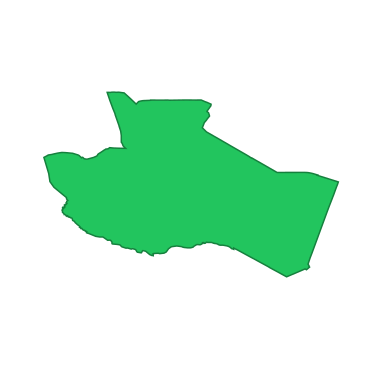 Jaunbērzes pag., Dobele, Latvia, rotated 37°
{"feature_id": "27541924B28590745616042", "entity_name": "Jaunbērzes pag.", "entity_type": "district", "adm_level": 2, "iso_a3": "LVA", "parent_name": "Latvia", "parent_adm1": "Dobele", "projection": "robinson", "projection_center": [23.387, 56.756], "detail": "fine", "context": "isolated", "style": "filled", "palette": "green", "viewbox_px": 384, "rotation_deg": 37, "n_neighbors": 0, "source": "geoboundaries", "source_scale": "gbopen_adm2", "svg_char_len": 5421}
<svg xmlns="http://www.w3.org/2000/svg" viewBox="0 0 384 384"><g transform="rotate(37 192 192)"><path d="M52.9,253.5L66.6,263.6L67.9,264.9L68.0,265.0L72.3,269.2L76.4,270.5L78.9,271.3L90.0,271.8L95.1,272.0L95.9,273.0L97.9,273.5L97.7,274.0L97.6,274.4L97.6,274.8L97.9,275.4L97.9,275.9L97.9,276.3L98.1,276.4L98.3,276.3L98.5,276.3L98.6,276.5L98.8,276.5L98.7,276.8L98.8,276.9L99.0,276.9L99.0,277.0L98.8,277.3L98.9,277.6L98.8,277.9L98.8,278.0L98.4,278.1L98.5,278.5L98.4,278.6L98.1,278.7L98.1,278.8L98.3,278.9L98.3,279.0L98.1,279.2L98.3,279.3L98.6,279.3L98.7,279.5L98.6,279.9L98.8,279.9L98.8,280.1L99.2,280.2L99.4,280.4L99.4,280.5L99.6,280.8L99.6,281.1L99.3,281.2L99.2,281.3L99.3,281.5L99.2,281.7L99.2,281.8L98.4,281.7L98.2,281.7L98.1,281.8L98.3,282.0L98.1,282.3L98.3,282.4L98.5,282.3L98.9,282.4L99.1,282.5L99.1,282.9L98.8,283.4L98.8,283.5L99.0,283.6L99.3,283.8L99.4,284.0L99.5,284.2L99.4,284.3L99.5,284.5L99.4,284.7L99.3,284.8L100.1,285.2L100.2,285.3L100.4,285.8L100.7,286.1L100.9,286.2L101.1,286.2L101.8,286.2L102.6,286.5L103.0,286.5L103.5,286.9L103.7,286.6L103.8,286.5L104.0,286.5L104.5,286.5L104.9,286.4L105.2,286.5L105.5,286.7L105.7,286.8L106.0,286.8L105.9,286.6L106.2,286.3L106.5,286.2L106.7,285.9L106.9,285.8L107.0,285.9L107.0,286.1L107.2,286.3L107.4,286.3L107.6,286.3L107.9,286.1L108.1,286.1L108.3,286.2L108.4,286.3L108.6,286.2L108.4,286.0L108.5,285.9L108.8,285.8L109.3,285.9L109.5,285.8L109.7,285.6L109.8,285.6L110.2,285.7L110.6,285.6L110.9,285.6L111.2,285.3L111.7,285.2L111.9,285.2L112.5,285.4L112.9,285.8L113.6,286.4L113.9,286.5L114.6,286.4L115.4,286.2L115.7,286.3L116.6,286.5L117.3,286.8L118.4,286.8L119.8,287.0L120.6,287.0L121.6,287.0L122.2,287.0L122.8,287.1L123.3,287.1L123.8,287.3L124.0,287.5L123.8,287.8L124.1,287.8L124.6,287.7L125.1,287.8L125.2,288.0L125.3,288.1L125.5,288.0L125.5,287.9L125.7,287.7L125.8,287.4L126.1,287.4L126.7,287.6L127.0,287.6L127.5,287.8L128.0,287.8L128.5,287.7L128.8,287.4L129.2,287.3L129.4,287.3L129.9,287.2L129.9,287.3L130.1,287.3L130.2,287.5L130.4,287.5L131.1,287.3L131.4,287.2L131.5,287.0L132.0,287.0L132.1,287.6L132.0,287.8L132.2,288.0L132.5,287.9L132.9,287.9L134.1,287.4L140.8,285.6L141.3,285.5L141.7,285.4L145.5,283.4L147.6,281.8L147.7,281.7L148.0,281.6L148.6,281.5L153.7,281.3L155.2,280.0L156.0,279.6L156.4,279.6L158.1,280.2L158.3,280.2L159.2,281.4L159.7,281.4L163.6,279.0L166.2,277.6L168.7,278.0L168.9,278.0L169.2,277.9L173.0,276.6L174.3,275.5L177.2,274.4L177.7,274.2L177.9,274.1L178.6,273.1L178.9,272.9L180.0,272.5L181.0,272.1L181.8,272.0L182.7,272.3L183.6,272.8L184.0,272.9L184.3,272.9L184.6,272.9L184.9,272.8L188.0,271.2L188.2,270.9L188.1,270.4L187.9,269.1L187.9,268.5L188.1,268.3L190.6,267.2L191.0,267.2L195.2,267.4L196.1,267.4L198.1,266.9L198.3,266.7L199.4,266.2L198.1,264.7L198.6,264.3L198.5,264.1L201.8,261.3L203.4,260.6L203.8,260.2L206.5,257.6L207.4,255.7L207.5,255.5L207.5,253.9L207.4,251.6L207.6,250.8L208.5,248.1L212.1,244.5L212.3,244.3L216.0,242.2L216.8,241.8L217.5,241.7L218.0,241.5L219.0,241.1L220.5,240.2L222.5,239.0L223.0,238.5L223.6,238.1L224.3,237.6L225.0,236.8L225.9,235.6L226.0,235.5L226.2,234.2L226.3,233.9L227.4,231.2L227.7,231.0L228.2,230.5L229.1,230.0L229.9,229.5L230.6,228.8L230.8,228.3L231.2,227.3L231.4,226.9L231.0,226.6L230.9,226.4L231.0,226.0L231.7,225.4L231.8,225.5L231.9,225.4L232.6,225.7L232.8,225.4L233.2,225.1L233.6,224.6L233.6,224.4L233.6,223.6L234.1,223.1L234.8,222.9L235.3,222.5L238.0,220.5L240.1,219.9L240.5,219.7L241.2,219.4L242.0,218.9L242.7,218.6L243.3,218.3L244.4,218.1L244.6,218.2L245.9,217.8L246.5,217.5L248.2,216.2L249.2,215.6L252.4,214.0L253.8,213.5L254.9,213.3L256.1,213.2L256.8,213.3L257.5,213.4L258.1,213.3L258.6,213.0L258.9,212.9L259.8,212.7L259.1,211.7L262.3,211.1L262.6,211.0L273.5,209.4L287.4,207.3L298.9,205.6L299.0,205.7L318.6,202.8L328.6,185.4L330.2,185.2L331.1,181.2L330.8,181.1L330.6,181.1L330.2,181.0L330.0,180.9L329.8,180.6L329.7,180.4L328.1,179.8L326.0,173.6L324.6,168.7L311.8,126.4L310.0,120.3L307.7,112.1L307.6,111.9L307.0,109.6L305.3,104.1L304.7,102.1L304.5,101.5L303.6,98.2L302.8,95.9L282.0,103.3L282.1,102.8L277.5,104.5L275.7,105.3L274.5,105.9L273.1,106.6L272.3,107.1L271.3,107.8L270.1,108.6L248.2,125.2L222.6,128.4L220.1,128.7L220.2,128.8L219.7,129.0L217.0,129.3L216.9,129.2L212.4,129.7L193.3,132.1L193.0,132.1L167.4,135.3L161.6,134.5L160.7,131.2L160.1,129.3L160.3,125.7L160.2,124.8L160.3,120.8L159.7,120.3L157.4,118.7L155.6,118.8L155.5,118.7L155.4,118.6L155.3,115.9L155.2,111.8L154.4,110.4L149.5,111.5L149.3,111.7L144.0,113.0L141.1,115.2L141.1,115.3L132.0,122.0L119.4,131.8L118.9,132.2L117.1,133.3L116.9,133.5L113.8,135.9L103.8,143.4L103.9,143.5L103.5,143.9L100.1,146.7L97.9,148.5L96.3,150.2L95.0,151.8L94.9,152.2L94.5,155.4L86.9,154.5L78.2,153.7L73.4,156.4L71.5,158.0L69.7,159.1L67.6,160.8L66.9,161.6L65.0,162.9L64.3,163.5L71.3,168.3L78.8,173.1L83.2,175.7L83.7,176.1L84.1,176.5L94.9,183.7L94.8,183.8L98.4,186.3L101.5,189.4L105.6,194.8L106.6,195.1L107.0,195.2L109.2,196.6L112.7,197.1L107.2,201.1L102.6,204.3L100.6,205.5L99.8,206.0L99.5,206.2L99.2,207.4L98.9,208.1L98.6,208.4L98.1,208.9L97.3,209.6L96.9,210.9L96.6,211.4L95.8,213.9L94.3,217.9L94.2,218.5L94.2,218.9L94.3,219.2L94.3,220.3L94.3,220.6L92.6,223.6L88.4,229.0L86.0,230.3L83.9,230.1L83.4,230.4L83.2,230.7L83.1,231.2L79.9,230.8L78.6,231.0L77.6,231.4L73.4,232.9L67.4,236.6L64.9,238.3L64.0,239.0L61.2,241.9L60.0,243.3L58.2,245.4L57.6,246.2L55.7,248.2L55.0,248.9L54.9,249.1L55.0,249.1L52.9,253.5Z" fill="#22c55e" stroke="#15803d" stroke-width="1.5"/></g></svg>